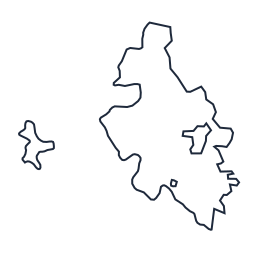 Fergana, Ferghana, Uzbekistan, rotated 88°
{"feature_id": "79887680B63252769213541", "entity_name": "Fergana", "entity_type": "district", "adm_level": 2, "iso_a3": "UZB", "parent_name": "Uzbekistan", "parent_adm1": "Ferghana", "projection": "equal_earth", "projection_center": [71.801, 40.219], "detail": "fine", "context": "isolated", "style": "outline", "palette": "slate", "viewbox_px": 256, "rotation_deg": 88, "n_neighbors": 0, "source": "geoboundaries", "source_scale": "gbopen_adm2", "svg_char_len": 2695}
<svg xmlns="http://www.w3.org/2000/svg" viewBox="0 0 256 256"><g transform="rotate(88 128 128)"><path d="M232.4,48.0L211.8,44.7L216.5,34.5L209.3,34.9L203.7,38.6L198.1,34.7L198.4,31.6L194.7,26.9L188.0,28.1L189.3,21.3L186.2,18.9L182.6,21.7L182.2,29.7L178.2,29.9L177.3,24.4L174.9,26.0L174.8,37.1L167.4,40.1L166.7,36.4L164.9,33.9L153.5,38.3L149.7,42.4L149.0,40.5L149.5,34.6L150.4,30.1L146.6,27.1L142.9,24.8L136.4,23.2L132.2,25.4L130.9,36.0L121.9,43.0L115.2,39.6L107.3,42.1L102.2,48.8L94.8,49.6L89.2,53.4L94.0,64.5L93.7,68.0L79.0,76.7L70.1,83.5L58.9,84.0L49.4,88.5L42.3,81.2L34.6,82.0L28.6,82.2L23.4,102.7L25.3,104.8L29.4,108.0L33.3,109.5L35.3,109.5L39.3,110.6L47.8,110.8L48.9,112.4L49.4,114.2L48.1,123.0L49.5,126.6L61.0,131.8L65.2,135.0L67.0,135.6L70.6,134.3L77.1,134.3L82.4,140.6L84.3,140.8L85.0,139.5L84.5,135.8L85.9,129.6L84.3,120.2L84.4,117.1L85.1,114.8L93.0,114.0L98.1,114.5L101.4,116.9L105.8,122.8L107.0,128.1L105.9,140.5L106.6,142.1L106.9,142.9L109.3,145.5L110.8,146.0L113.6,149.3L116.7,154.8L118.2,155.8L120.5,155.4L126.5,151.1L130.2,149.5L135.1,148.3L147.4,141.0L151.3,137.9L154.8,138.1L157.4,136.9L159.7,134.9L160.0,133.1L159.5,131.3L154.7,124.0L154.4,122.2L155.3,119.1L156.8,117.5L158.4,116.5L160.6,116.6L163.7,118.0L169.2,118.9L171.5,119.6L177.4,124.5L179.7,125.6L183.8,125.7L188.1,123.5L190.0,121.5L192.9,114.4L200.2,107.6L200.6,104.5L198.9,102.3L194.2,98.7L187.9,97.1L186.7,95.3L186.5,93.9L187.3,92.2L189.9,89.1L193.3,86.5L201.0,83.2L206.2,75.8L209.5,73.3L213.3,69.0L215.1,65.6L216.3,64.6L223.1,63.1L225.2,61.9L227.0,59.3L227.5,55.6L231.7,50.9L232.6,48.7L232.4,48.0ZM155.9,55.8L155.6,65.4L151.5,66.5L147.2,63.3L139.4,64.1L137.8,73.6L133.3,72.7L133.2,62.6L128.6,58.5L129.1,52.1L126.1,49.6L133.2,45.1L138.7,50.2L143.7,50.6L155.9,55.8ZM187.1,86.9L185.1,87.1L181.4,86.0L181.9,83.9L183.5,81.1L187.8,82.5L187.8,85.2L187.1,86.9ZM152.4,220.0L150.5,218.6L149.0,217.6L148.7,216.6L148.7,214.3L148.4,212.2L147.2,209.3L146.8,206.4L146.4,203.8L145.5,202.8L143.7,202.7L140.8,202.9L139.3,203.4L138.8,204.8L138.8,206.9L139.1,209.9L138.8,213.2L137.6,215.4L135.6,217.8L133.1,219.4L129.6,220.9L124.5,221.4L121.1,221.8L119.3,223.3L118.3,224.8L117.5,227.5L117.8,229.2L119.5,230.3L121.7,230.7L124.5,230.7L125.7,231.5L126.9,233.3L127.9,235.2L129.3,236.8L129.9,237.1L130.9,236.9L131.7,235.8L135.1,229.4L137.1,226.8L137.8,226.6L138.7,226.7L141.0,229.2L142.6,230.7L144.0,231.1L145.3,231.0L146.5,230.6L150.3,231.4L153.1,232.9L154.5,234.4L155.9,234.5L158.9,232.2L158.3,231.2L157.8,229.3L158.2,227.5L159.3,225.5L160.9,223.5L164.1,221.3L165.6,219.8L166.0,218.4L165.6,217.4L164.5,216.9L161.8,216.9L159.9,217.9L157.0,219.7L155.3,220.2L153.5,220.3L152.4,220.0Z" fill="none" stroke="#1e293b" stroke-width="2"/></g></svg>